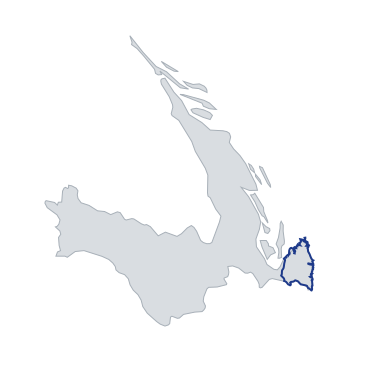 Istarska highlighted on a map of Croatia, rotated 194°
{"feature_id": "HRV-1592", "entity_name": "Istarska", "entity_type": "County", "adm_level": 1, "iso_a3": "HRV", "parent_name": "Croatia", "parent_adm1": "", "projection": "mercator", "projection_center": [13.894, 45.143], "detail": "fine", "context": "in_parent", "style": "outline", "palette": "blue", "viewbox_px": 384, "rotation_deg": 194, "n_neighbors": 0, "source": "natural_earth", "source_scale": "10m", "svg_char_len": 6541}
<svg xmlns="http://www.w3.org/2000/svg" viewBox="0 0 384 384"><g transform="rotate(194 192 192)"><path d="M55.6,125.0L57.3,127.7L69.8,131.0L72.5,129.6L74.2,127.3L74.2,125.9L75.3,125.5L79.7,127.7L93.2,127.4L95.9,125.8L101.0,116.3L102.6,115.5L103.7,115.9L104.5,118.7L106.4,121.3L113.3,127.6L115.8,128.4L118.3,126.7L120.9,126.2L128.3,129.5L134.6,130.1L139.2,128.4L136.9,123.3L136.6,120.8L136.9,118.5L140.0,116.3L139.9,115.3L136.0,111.4L136.2,110.4L144.6,105.9L152.8,103.5L154.1,101.5L155.2,93.2L154.7,88.8L151.4,84.7L151.2,82.6L152.0,80.4L153.3,78.4L160.3,76.1L170.6,71.2L173.7,66.7L175.6,65.9L181.4,66.6L182.6,65.4L181.8,58.9L182.8,57.3L185.8,55.4L190.9,56.1L195.1,57.8L206.1,63.6L212.0,68.9L215.2,74.8L219.6,79.3L225.2,82.5L229.6,86.9L232.8,92.4L237.4,95.5L243.2,96.1L246.9,98.0L248.4,101.1L251.6,103.9L256.4,106.4L263.8,107.8L282.6,109.0L290.9,106.0L297.2,98.5L299.8,99.0L308.5,96.8L308.0,101.3L305.4,103.3L308.0,108.0L310.5,115.6L309.1,119.3L310.8,122.2L316.1,125.1L314.6,126.0L313.4,128.5L313.3,133.0L317.5,137.2L328.7,141.8L332.0,145.6L332.1,147.2L331.5,148.3L322.8,148.6L319.5,146.7L319.2,149.7L316.0,150.7L317.8,161.6L317.1,164.8L315.9,165.9L313.5,165.3L312.8,166.3L313.4,168.7L310.2,168.9L305.3,167.7L303.0,165.6L302.6,161.4L301.0,158.1L297.0,154.7L288.7,154.1L279.1,150.9L272.1,151.9L265.4,150.4L259.6,154.7L256.7,154.6L250.8,149.2L249.1,148.9L244.0,151.6L241.9,151.8L233.5,148.9L230.3,148.4L228.1,149.4L224.0,148.3L214.2,141.3L208.1,146.6L195.8,145.3L192.1,149.0L187.9,156.0L184.5,159.3L181.5,158.1L178.0,155.0L171.9,147.1L168.8,145.7L165.3,145.4L162.2,146.2L160.5,147.9L158.1,169.5L158.1,175.6L164.9,181.2L172.9,190.8L175.5,191.9L176.8,195.1L180.7,212.2L184.8,218.2L198.6,232.2L204.5,241.0L222.1,258.3L229.8,261.3L231.1,262.9L231.1,269.5L232.0,272.0L237.2,279.0L247.7,289.2L248.9,291.5L249.3,293.2L248.6,294.5L245.8,295.9L233.7,284.5L224.2,278.2L213.5,266.4L199.1,261.7L189.3,256.5L176.8,258.9L172.8,259.0L169.9,258.0L167.8,254.8L167.8,249.1L162.1,243.9L154.2,238.9L146.8,232.5L131.9,215.1L128.9,209.5L136.6,207.4L145.5,208.5L135.9,201.1L122.2,186.5L118.1,179.5L117.6,172.1L118.6,161.8L116.2,154.4L105.6,144.9L101.7,139.8L93.9,136.8L90.4,137.1L88.4,140.9L86.8,149.1L74.0,170.9L69.0,170.8L63.4,160.5L58.0,152.6L56.8,144.3L52.7,127.4L55.6,125.0ZM286.3,320.4L286.4,322.8L290.1,328.6L273.2,315.6L257.2,305.1L245.8,302.5L230.3,294.0L220.2,291.0L228.5,290.3L252.4,301.6L249.8,298.6L253.2,297.4L256.1,298.3L258.0,302.0L271.4,312.0L280.0,317.9L286.3,320.4ZM98.8,182.7L98.4,185.2L95.5,182.0L94.1,176.1L90.4,166.6L90.0,163.9L91.8,161.2L91.7,158.5L89.2,150.2L91.3,148.8L92.6,148.6L93.1,154.4L94.3,157.8L97.8,161.9L97.1,168.7L97.8,178.3L98.8,182.7ZM114.1,161.4L108.2,162.9L105.4,160.3L104.7,158.2L99.9,157.5L96.4,153.3L100.5,150.0L102.7,144.8L110.7,155.5L114.1,161.4ZM207.9,274.3L200.4,274.5L193.9,273.3L190.7,271.3L191.9,266.7L199.1,267.1L210.2,269.1L212.9,271.5L212.1,272.5L207.9,274.3ZM227.3,283.8L224.0,284.4L202.8,283.9L196.7,282.6L188.4,278.0L195.3,277.0L201.7,278.0L203.7,280.6L227.3,283.8ZM132.0,204.2L130.8,206.0L118.9,194.3L117.6,190.3L111.7,182.3L110.8,180.2L116.2,185.4L118.2,185.9L123.4,191.0L128.5,197.6L134.5,203.3L132.0,204.2ZM201.5,292.2L210.3,294.0L216.7,293.1L222.5,294.3L227.0,297.3L217.0,296.6L211.0,298.7L205.7,297.6L203.6,296.2L202.2,294.5L201.5,292.2ZM132.0,231.6L132.7,233.2L129.5,232.6L117.9,218.2L116.7,215.4L120.8,218.7L132.0,231.6ZM111.4,170.3L116.3,179.0L111.8,176.3L107.8,175.3L107.0,173.3L108.4,170.1L111.4,170.3ZM246.9,306.9L253.4,311.3L234.4,305.5L238.6,304.9L246.9,306.9ZM140.7,228.2L143.8,233.1L140.9,232.1L137.7,229.1L135.9,225.8L140.7,228.2ZM134.1,222.4L134.8,224.7L128.9,220.3L126.2,216.0L134.1,222.4Z" fill="#d9dde1" stroke="#a8b0b8" stroke-width="1"/><path d="M58.6,128.9L59.5,128.9L64.2,128.7L66.4,130.1L67.0,130.7L67.8,131.0L70.3,131.3L70.8,131.0L71.2,130.3L71.9,129.6L74.2,128.7L74.8,127.8L73.8,126.6L73.8,125.9L73.9,125.4L74.3,125.2L75.0,125.4L76.3,125.6L76.9,126.0L77.6,126.6L78.8,127.5L80.0,127.9L81.1,128.0L81.1,128.6L81.2,128.9L81.3,129.5L81.8,130.2L82.2,130.6L84.7,132.1L85.2,132.4L85.3,132.7L85.1,133.1L85.0,133.4L85.0,133.9L85.1,134.6L85.5,136.6L85.6,137.3L85.6,137.8L85.4,138.5L85.0,139.4L84.9,139.8L84.8,140.2L84.8,141.4L85.2,145.1L85.2,146.7L85.2,147.3L85.2,147.9L85.2,148.3L85.4,148.8L85.6,149.0L86.7,149.5L86.6,149.8L85.5,151.4L84.1,150.8L84.9,151.8L84.8,152.8L84.2,153.7L83.4,154.5L83.1,154.0L82.9,154.6L82.9,155.1L83.1,156.3L82.9,156.2L82.6,156.0L82.4,155.9L82.4,156.3L83.2,157.2L83.5,158.6L83.4,160.2L82.8,161.4L82.2,161.8L81.9,161.8L81.5,161.5L81.0,161.4L80.4,161.6L79.9,162.1L79.4,162.8L79.2,163.3L78.9,163.3L79.0,162.0L79.4,161.4L79.6,160.8L79.2,159.6L78.2,158.6L78.0,158.1L78.1,157.7L78.1,157.3L77.5,157.3L77.7,158.1L77.5,159.3L77.7,159.8L78.2,160.1L78.6,160.2L79.0,160.3L79.2,161.0L78.7,161.5L78.0,162.8L77.7,163.2L77.5,162.8L77.2,162.8L77.4,163.3L77.5,163.8L77.5,164.5L77.2,165.1L76.9,165.0L76.7,165.0L76.9,165.6L76.9,166.0L76.7,166.0L76.6,166.3L76.6,166.5L76.1,166.2L75.0,166.5L74.3,166.5L74.7,166.8L74.9,167.1L75.3,167.9L74.9,167.9L74.9,168.3L75.3,168.3L75.3,168.8L74.9,169.0L74.7,169.3L74.3,170.1L74.4,170.6L74.5,170.8L74.5,171.0L74.3,171.5L74.8,171.5L75.1,171.6L75.3,171.9L75.6,172.4L73.9,172.5L73.0,172.4L72.4,171.9L72.3,172.2L72.3,172.3L72.0,172.4L71.7,171.4L71.3,171.2L70.8,171.4L70.4,171.1L70.0,171.5L70.6,171.7L71.1,172.1L71.3,172.7L71.1,173.4L71.5,174.5L71.7,174.8L71.0,175.1L70.8,174.5L70.8,173.4L70.7,172.4L70.4,172.2L69.0,171.6L68.4,171.5L68.5,171.3L68.7,170.8L68.8,170.6L68.6,170.6L68.3,170.6L68.1,170.6L68.4,170.1L68.1,169.6L67.6,169.8L66.8,169.5L66.1,169.0L65.5,168.3L65.8,167.9L66.3,168.6L67.0,168.8L67.7,168.4L68.1,167.4L66.8,167.7L66.3,167.6L65.8,166.9L65.8,166.5L66.0,166.3L66.3,165.9L66.5,165.6L65.9,164.9L64.9,162.3L62.9,160.2L60.5,156.8L60.1,156.5L59.5,155.8L58.7,155.2L57.7,155.0L57.9,154.6L58.2,153.9L58.4,153.6L57.2,152.0L58.4,151.1L62.6,150.8L61.7,150.4L60.6,150.2L58.4,150.3L57.2,150.7L56.6,150.7L56.4,150.1L56.5,149.4L56.6,148.8L56.6,148.4L56.1,148.1L56.3,147.6L56.3,147.3L56.2,147.0L55.8,146.7L55.8,146.2L56.2,146.0L56.3,145.6L56.3,145.0L56.1,144.4L56.4,143.7L56.4,143.0L56.0,142.4L55.4,142.1L55.6,141.6L55.9,141.3L56.2,141.1L56.7,141.1L56.7,140.7L56.2,140.4L55.9,140.1L55.6,139.8L55.4,139.3L55.9,139.2L56.3,138.9L57.1,138.3L56.5,138.0L55.2,138.0L54.8,137.9L54.3,137.4L53.8,136.6L53.8,135.9L54.5,135.6L54.5,135.1L53.9,134.5L52.5,130.5L52.6,130.4L52.7,130.2L52.8,130.0L52.6,129.7L52.8,129.1L52.1,127.3L51.9,126.3L52.2,125.4L52.5,125.4L53.0,125.7L55.1,126.8L56.1,126.9L57.7,128.7L58.6,128.9Z" fill="none" stroke="#1e3a8a" stroke-width="2"/></g></svg>